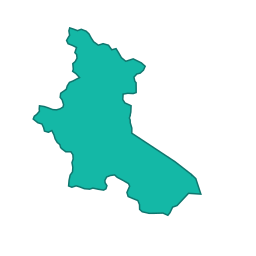 Jönköping, Jönköping, Sweden, rotated 111°
{"feature_id": "70781695B94890902843100", "entity_name": "Jönköping", "entity_type": "district", "adm_level": 2, "iso_a3": "SWE", "parent_name": "Sweden", "parent_adm1": "Jönköping", "projection": "mercator", "projection_center": [14.228, 57.89], "detail": "fine", "context": "isolated", "style": "filled", "palette": "teal", "viewbox_px": 256, "rotation_deg": 111, "n_neighbors": 0, "source": "geoboundaries", "source_scale": "gbopen_adm2", "svg_char_len": 1889}
<svg xmlns="http://www.w3.org/2000/svg" viewBox="0 0 256 256"><g transform="rotate(111 128 128)"><path d="M76.7,204.6L77.8,202.3L81.1,200.6L84.9,201.1L87.7,202.6L92.8,200.1L94.9,200.0L95.9,196.0L98.3,191.3L100.8,193.6L103.8,196.2L106.4,199.0L110.4,199.8L114.0,199.5L117.4,201.8L119.7,203.3L123.7,202.3L125.3,199.6L129.3,196.5L131.7,196.2L134.4,198.2L136.7,201.3L137.8,204.9L137.8,210.3L138.0,214.0L139.0,218.6L142.1,217.7L144.1,216.7L148.0,218.1L150.6,219.7L152.7,219.7L153.6,219.7L155.4,214.1L155.1,209.8L157.9,206.9L160.8,204.9L160.5,200.8L157.7,198.2L161.0,194.6L164.3,192.1L166.9,188.8L167.9,185.7L170.4,183.9L171.2,182.1L172.5,177.6L170.7,172.8L172.7,169.9L176.6,168.1L180.4,167.9L184.5,165.4L188.8,164.1L192.7,165.1L197.8,164.3L203.4,162.7L203.4,159.7L203.4,159.2L200.6,155.7L200.3,152.1L200.3,147.0L198.8,141.8L196.7,139.3L195.8,133.6L194.7,128.5L192.7,126.8L189.4,127.0L187.3,129.8L185.2,130.8L181.4,130.4L178.7,127.5L176.6,123.7L177.9,120.4L178.6,114.6L179.7,107.6L181.7,105.6L185.7,105.8L188.6,105.9L191.9,103.3L192.1,98.4L192.2,92.8L195.4,89.8L199.8,88.0L201.1,84.7L200.1,77.7L198.3,73.1L197.0,70.0L194.9,64.9L195.2,59.5L192.1,58.5L185.9,58.0L182.8,54.4L179.1,52.9L167.3,48.1L163.6,36.3L151.2,46.4L151.0,46.5L148.7,52.0L148.8,52.0L148.7,52.1L142.6,72.2L131.5,122.6L126.7,124.4L122.3,127.8L119.7,128.9L118.2,130.3L115.7,130.4L115.7,130.5L112.1,131.1L106.1,133.1L105.7,139.9L103.3,143.1L98.1,144.7L95.7,140.7L94.0,135.5L92.0,133.1L88.8,134.3L82.8,136.7L82.0,138.3L78.4,140.7L74.4,139.1L72.4,136.3L68.4,134.3L64.2,134.1L62.4,138.9L61.6,147.9L66.5,154.0L64.7,159.4L61.1,163.8L58.2,167.6L60.8,171.2L57.7,175.9L58.2,181.5L59.7,183.3L61.3,185.4L59.8,191.0L57.2,194.6L54.1,198.2L52.6,201.8L52.6,207.0L55.2,210.0L55.2,214.4L55.4,218.3L58.5,218.0L62.4,215.7L64.7,216.2L68.3,216.7L70.8,214.1L70.8,209.5L71.3,204.9L76.7,204.6Z" fill="#14b8a6" stroke="#0f766e" stroke-width="1.5"/></g></svg>